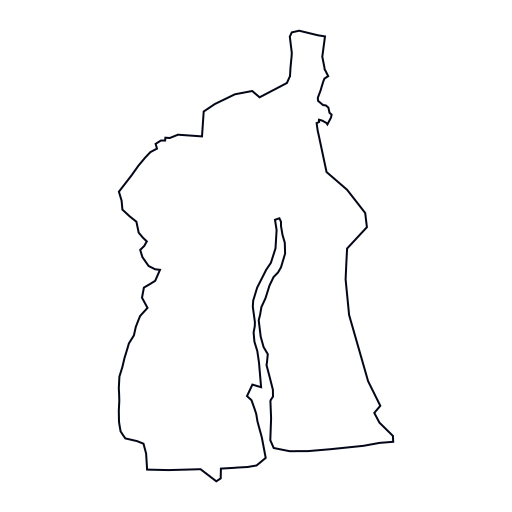 outline of Akuku Toru, Bayelsa, Nigeria
{"feature_id": "59680162B59329233871626", "entity_name": "Akuku Toru", "entity_type": "district", "adm_level": 2, "iso_a3": "NGA", "parent_name": "Nigeria", "parent_adm1": "Bayelsa", "projection": "natural_earth1", "projection_center": [6.683, 4.57], "detail": "fine", "context": "isolated", "style": "outline", "palette": "ink", "viewbox_px": 512, "rotation_deg": 0, "n_neighbors": 0, "source": "geoboundaries", "source_scale": "gbopen_adm2", "svg_char_len": 2366}
<svg xmlns="http://www.w3.org/2000/svg" viewBox="0 0 512 512"><path d="M331.0,117.6L331.6,114.6L329.5,112.8L328.4,107.6L325.8,105.4L323.1,105.1L319.2,101.8L318.1,100.9L317.8,98.0L317.8,97.9L320.5,90.7L320.8,89.7L321.7,86.6L323.0,82.4L323.5,80.9L324.5,78.5L328.2,76.2L325.9,71.6L325.6,70.9L324.7,69.6L324.4,67.4L322.3,56.7L325.0,36.4L324.4,36.3L318.0,35.3L299.1,30.7L291.8,32.4L289.8,36.6L291.3,48.8L291.8,52.8L291.6,56.3L290.5,67.6L290.0,76.1L286.9,83.0L259.6,97.3L252.2,91.0L234.9,94.3L214.9,104.0L203.7,111.5L202.0,136.4L178.0,134.7L169.8,138.0L165.4,137.7L165.1,140.5L160.9,140.5L155.6,143.9L157.0,148.6L150.4,152.1L145.1,157.7L138.4,165.7L131.6,175.3L118.9,191.7L121.6,200.7L122.4,209.6L129.6,216.3L136.4,221.7L138.7,232.7L143.2,238.0L146.8,241.4L144.2,246.0L140.2,249.9L142.4,257.1L148.6,266.0L155.2,269.3L160.0,269.8L155.2,280.8L149.9,284.1L143.9,287.6L142.0,297.7L147.5,307.9L144.2,311.5L140.1,316.0L138.0,321.2L135.8,326.9L133.9,335.4L128.9,343.4L127.2,349.2L124.5,358.0L122.3,367.3L119.4,376.6L118.8,388.3L119.1,393.7L119.3,400.5L118.9,408.8L118.8,410.7L119.0,421.7L119.5,425.1L120.6,431.4L122.9,434.9L125.3,438.4L137.0,441.1L143.5,443.7L146.1,453.5L146.3,456.5L147.1,469.6L168.7,470.1L200.5,469.2L216.3,481.3L220.7,478.4L220.9,468.6L234.8,467.8L236.5,467.6L247.7,467.0L252.2,466.2L256.5,465.5L265.7,457.9L261.8,437.3L257.5,421.6L256.2,413.8L254.3,408.1L251.5,400.2L247.0,396.1L252.4,384.6L261.1,387.2L259.0,362.7L257.3,351.1L254.4,341.6L253.6,332.5L254.8,326.1L254.9,322.1L252.8,306.7L253.2,300.6L257.2,287.5L266.3,269.6L270.9,262.8L275.5,248.4L276.6,230.1L275.0,219.8L279.4,218.3L281.0,221.8L281.0,226.0L282.5,234.9L284.8,242.8L285.1,253.6L281.0,267.3L278.0,272.5L273.6,277.0L269.5,285.5L265.5,298.2L261.4,307.1L260.0,315.2L258.7,320.3L260.7,336.7L263.6,347.1L267.8,354.2L266.9,362.9L266.5,365.0L269.6,376.8L272.9,389.8L273.0,396.6L270.8,399.9L270.4,401.2L270.5,403.2L271.1,418.3L270.3,440.2L273.7,448.0L289.6,451.2L308.2,451.1L330.5,449.2L363.6,445.8L379.5,442.9L393.2,441.8L392.9,435.9L379.4,422.6L374.3,412.9L380.3,405.8L368.1,381.2L349.1,315.0L345.6,279.4L346.4,261.8L347.1,248.5L366.9,227.2L365.2,213.0L352.1,196.2L347.1,189.8L326.5,172.0L326.3,170.9L318.8,135.6L317.7,130.7L316.6,123.1L319.1,122.0L319.1,121.5L318.9,120.5L319.0,119.7L322.2,120.6L323.6,121.4L326.5,123.0L327.4,124.4L331.0,117.6Z" fill="none" stroke="#020617" stroke-width="2"/></svg>